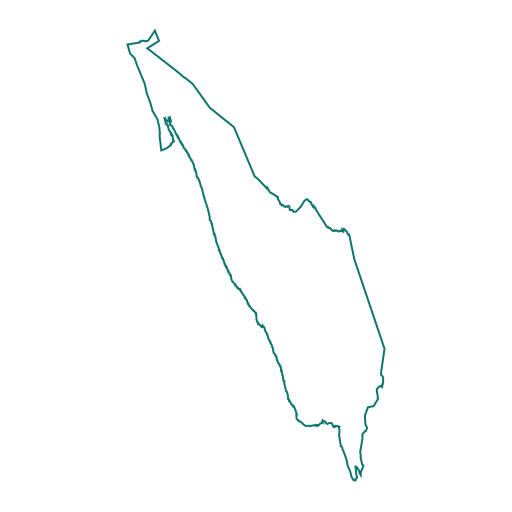 Verran nor, Nord-Trøndelag, Norway, rotated 90°
{"feature_id": "86288312B18564926842494", "entity_name": "Verran nor", "entity_type": "district", "adm_level": 2, "iso_a3": "NOR", "parent_name": "Norway", "parent_adm1": "Nord-Trøndelag", "projection": "natural_earth1", "projection_center": [10.876, 63.943], "detail": "fine", "context": "isolated", "style": "outline", "palette": "teal", "viewbox_px": 512, "rotation_deg": 90, "n_neighbors": 0, "source": "geoboundaries", "source_scale": "gbopen_adm2", "svg_char_len": 6131}
<svg xmlns="http://www.w3.org/2000/svg" viewBox="0 0 512 512"><g transform="rotate(90 256 256)"><path d="M141.3,338.2L140.7,338.3L140.7,338.6L139.8,338.6L139.5,339.0L135.8,339.4L135.8,339.9L135.2,339.9L135.2,340.3L134.6,340.3L134.7,340.7L133.5,340.8L133.4,341.3L132.4,341.4L129.9,343.2L124.6,344.4L124.3,345.0L124.6,345.5L123.2,346.5L121.8,346.4L119.8,347.2L119.0,347.1L118.4,347.6L118.1,347.1L118.7,347.1L120.3,345.6L120.8,344.2L121.7,344.0L121.3,343.2L120.8,343.1L120.8,343.4L117.8,343.4L117.9,343.0L117.2,342.2L121.2,341.0L123.2,341.9L125.2,341.7L125.7,340.0L126.3,339.6L128.1,339.1L128.2,338.7L129.0,338.6L129.7,337.9L134.0,335.9L134.3,335.4L134.8,335.5L136.0,334.3L136.6,334.4L136.6,334.0L137.5,334.0L137.5,333.6L138.3,333.6L138.9,332.8L142.1,331.7L141.9,331.2L143.3,330.7L143.5,330.3L143.9,330.2L144.2,329.8L144.8,329.8L144.8,329.4L145.6,329.3L146.0,328.8L147.7,328.4L149.5,326.6L150.3,326.4L150.4,326.0L150.9,326.0L151.0,325.5L151.8,325.3L151.9,324.9L153.3,324.5L153.4,324.1L154.2,323.9L154.2,323.6L155.3,323.4L155.3,323.1L156.2,323.0L156.2,322.6L157.9,322.2L158.5,321.4L160.3,320.8L160.3,320.3L160.9,320.3L162.9,318.9L164.9,318.4L165.0,318.1L169.0,317.5L169.0,317.2L169.8,317.2L169.9,316.8L170.7,316.7L171.7,315.9L177.1,315.2L177.7,313.9L180.0,313.3L180.3,312.8L181.2,312.8L181.5,312.4L186.6,311.1L186.8,310.7L189.0,309.9L196.5,308.2L196.5,307.8L198.2,307.6L209.2,304.1L216.4,302.4L220.1,302.2L221.0,301.1L223.6,300.5L223.6,300.2L232.3,298.4L233.7,298.1L233.7,297.7L234.6,297.8L234.6,297.3L236.9,296.8L236.9,296.5L240.7,296.0L243.3,295.2L248.8,293.0L249.9,293.0L249.9,292.7L251.4,292.5L251.4,292.2L254.3,291.3L254.3,290.9L257.8,290.0L258.5,289.6L258.4,289.1L259.0,288.8L260.7,288.6L261.0,288.1L264.2,287.4L264.2,286.9L266.2,286.4L266.2,286.0L266.8,286.0L266.8,285.5L267.7,285.5L267.7,285.2L269.7,284.6L270.0,284.1L271.2,283.9L271.2,283.6L271.8,283.6L271.8,283.3L273.5,282.8L273.6,282.2L275.3,281.7L275.3,281.2L279.1,280.7L281.0,279.9L283.3,278.0L284.4,276.7L285.3,276.7L285.3,276.2L285.9,276.2L287.8,274.5L287.7,274.2L288.5,274.2L289.0,272.7L288.9,272.2L289.5,272.2L289.5,271.8L290.4,271.8L291.0,271.0L291.6,271.0L293.0,269.7L293.6,269.7L296.6,267.3L297.5,267.4L297.5,266.9L298.9,266.4L299.0,265.9L299.5,265.9L300.4,265.0L302.4,264.7L302.8,264.1L303.3,264.2L303.6,263.7L304.2,263.8L304.2,263.4L306.0,262.8L306.3,262.0L306.9,262.0L308.5,260.7L309.9,259.0L310.5,259.0L310.9,258.0L312.1,257.1L312.3,256.6L312.9,256.6L312.9,256.1L314.3,256.0L314.3,255.7L319.5,255.5L322.1,254.7L322.1,254.3L323.3,253.8L324.1,253.9L324.0,253.1L327.1,250.2L327.0,249.6L325.5,249.4L327.3,247.8L331.7,246.4L333.5,245.1L334.6,245.0L334.9,244.5L339.6,243.3L340.8,242.2L342.5,241.7L342.5,241.4L343.4,241.4L344.9,240.3L348.4,239.2L352.7,238.4L354.5,236.8L355.1,236.8L355.1,236.5L356.8,235.9L356.9,235.5L360.0,235.1L360.0,234.8L362.7,234.0L364.2,232.7L364.7,232.8L365.0,232.3L366.5,231.8L366.5,231.3L370.8,230.9L370.6,230.4L375.2,229.6L375.5,229.2L380.4,228.7L380.7,228.0L381.3,228.0L381.3,227.7L384.5,227.6L385.6,227.1L387.9,226.7L391.1,225.8L391.1,225.5L394.7,224.2L399.2,223.9L399.6,223.0L401.0,222.9L401.0,222.4L401.6,222.4L402.2,221.5L404.3,220.7L405.5,219.0L406.1,219.0L406.1,218.5L406.7,218.5L406.7,218.0L407.6,217.6L410.6,216.4L413.7,215.5L414.1,215.1L414.3,215.1L414.3,215.6L415.4,215.7L418.9,215.3L420.3,214.1L420.4,213.4L421.0,213.4L421.5,212.6L421.5,212.0L422.8,210.1L423.3,209.4L423.8,209.4L425.9,206.4L425.8,203.0L426.1,202.5L426.2,201.4L425.6,200.4L425.5,198.4L425.2,198.1L425.6,196.8L425.3,196.5L425.5,196.0L424.9,196.0L425.0,194.1L425.6,194.1L424.7,192.8L423.6,191.9L423.0,190.1L422.1,190.0L421.9,189.8L422.1,189.6L421.6,189.7L421.3,189.3L420.4,189.3L421.2,188.2L421.3,187.5L421.7,186.7L422.6,186.6L424.0,184.8L423.0,182.7L423.1,180.3L426.9,178.5L427.2,177.9L427.0,177.4L426.0,177.2L425.9,176.4L426.4,176.2L426.0,174.5L426.8,172.6L427.6,173.2L429.5,172.6L432.7,172.5L434.5,173.0L446.3,171.1L446.5,170.4L447.2,169.9L449.5,169.4L451.5,168.4L458.6,165.8L466.1,164.2L471.0,161.9L476.6,160.6L480.1,158.5L479.8,157.9L480.2,157.6L480.6,156.8L481.3,156.7L479.4,156.4L478.3,155.3L477.0,155.0L475.7,155.5L466.6,156.6L466.4,156.1L468.2,154.4L469.0,154.2L470.9,152.7L472.8,152.5L475.0,151.3L471.9,151.1L466.2,148.7L465.6,148.7L465.6,149.1L464.8,149.3L464.3,149.9L457.2,151.5L456.0,151.1L454.7,151.5L451.1,151.8L448.7,151.2L438.0,149.5L434.1,149.6L431.2,147.0L431.2,146.2L427.9,144.9L424.3,146.6L415.7,147.1L407.3,144.1L406.1,138.4L398.7,133.8L397.5,134.4L395.1,134.3L393.0,134.9L389.2,135.3L387.1,133.3L386.0,131.7L387.0,130.0L384.6,129.9L384.2,129.7L384.4,129.3L381.3,128.7L380.5,129.0L378.1,128.8L376.2,129.5L375.4,130.5L373.9,131.1L348.7,127.5L259.2,157.7L234.6,162.8L234.8,163.4L234.4,164.2L232.5,164.8L231.1,165.6L230.6,166.7L229.6,167.1L228.9,168.0L229.8,168.8L230.7,168.8L230.1,169.2L230.6,169.7L230.0,169.9L231.0,170.1L230.6,170.5L231.0,171.3L230.7,171.6L231.3,172.4L231.2,172.8L231.5,173.6L230.4,175.4L230.9,176.2L230.8,176.9L230.2,177.5L231.0,178.5L230.9,179.2L230.1,180.2L228.5,181.5L227.9,183.1L227.2,183.5L226.9,184.2L227.3,184.8L209.5,196.2L208.1,196.5L207.7,197.3L206.8,197.4L206.6,198.1L206.8,198.2L205.9,198.5L206.5,199.0L205.3,199.6L204.6,200.4L202.5,200.9L201.9,201.5L202.1,201.9L201.8,202.3L199.5,204.4L199.3,205.7L201.1,207.8L206.7,211.2L211.4,215.8L211.8,217.0L211.7,218.6L209.9,219.7L210.2,221.5L209.9,222.2L206.8,222.6L205.9,223.3L206.7,224.5L206.3,224.9L206.2,225.5L206.8,225.9L206.9,226.7L206.5,227.3L206.5,227.9L205.2,229.0L205.3,229.3L204.9,229.7L205.3,230.5L203.8,231.2L203.9,231.8L201.2,232.6L199.5,233.9L197.1,234.1L196.9,234.9L196.0,235.5L195.3,237.1L193.6,239.5L192.6,241.8L187.6,244.8L188.5,245.1L179.1,253.9L176.3,257.4L127.2,278.0L107.7,302.3L83.9,319.3L78.7,325.8L76.7,328.9L74.1,331.7L67.9,339.5L48.3,364.7L40.9,353.0L30.7,357.1L40.7,363.9L41.3,366.2L40.7,368.8L41.0,370.1L40.8,370.4L42.2,372.0L41.8,372.3L42.6,372.9L44.5,384.5L53.6,381.9L58.1,377.4L65.2,375.0L83.7,367.3L93.7,365.1L102.7,361.7L110.8,359.5L119.2,354.6L126.9,352.7L134.6,352.1L135.2,352.4L136.9,352.3L150.4,350.7L148.3,345.3L145.0,341.0L144.2,341.3L141.8,338.9L141.2,338.9L141.3,338.2Z" fill="none" stroke="#0f766e" stroke-width="2"/></g></svg>